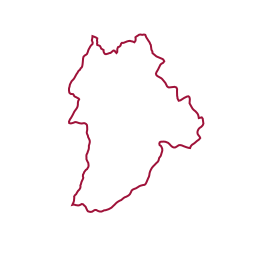 the district of Montezuma, Minas Gerais, Brazil, rotated 23°
{"feature_id": "56859067B99977110122365", "entity_name": "Montezuma", "entity_type": "district", "adm_level": 2, "iso_a3": "BRA", "parent_name": "Brazil", "parent_adm1": "Minas Gerais", "projection": "natural_earth1", "projection_center": [-42.478, -15.207], "detail": "fine", "context": "isolated", "style": "outline", "palette": "rose", "viewbox_px": 256, "rotation_deg": 23, "n_neighbors": 0, "source": "geoboundaries", "source_scale": "gbopen_adm2", "svg_char_len": 4459}
<svg xmlns="http://www.w3.org/2000/svg" viewBox="0 0 256 256"><g transform="rotate(23 128 128)"><path d="M191.7,89.4L189.3,91.2L188.2,89.5L187.1,88.2L186.0,87.4L184.9,86.9L183.7,86.3L181.5,85.7L179.9,85.0L177.9,83.5L175.0,81.2L173.7,77.4L173.1,76.4L172.4,75.6L171.3,75.2L170.1,75.9L168.0,78.3L165.5,82.0L164.0,83.1L162.0,81.4L161.4,80.2L160.7,79.3L158.7,74.9L158.0,73.0L156.7,71.8L154.8,71.9L150.4,74.4L149.3,74.8L147.7,74.4L144.8,71.9L140.4,69.6L139.2,69.2L134.7,68.7L133.3,68.1L132.5,67.1L132.4,65.5L132.8,62.6L133.1,57.1L133.6,55.9L134.9,54.2L135.3,52.4L133.7,51.2L132.7,51.0L126.2,51.0L121.3,49.5L120.5,48.0L119.0,46.8L116.5,42.6L115.5,41.9L114.5,40.8L112.9,39.8L109.4,37.4L108.6,36.6L107.5,35.5L106.2,35.7L104.7,36.7L102.9,37.1L101.7,37.9L100.9,39.2L100.1,40.3L99.4,41.6L100.3,43.1L100.8,44.8L100.4,46.6L98.4,46.6L97.0,46.9L95.8,47.0L94.6,47.7L93.4,48.6L92.1,49.9L90.6,51.4L89.1,52.0L88.7,53.2L88.9,55.1L88.3,56.5L87.2,57.5L87.3,59.4L87.8,60.8L88.4,62.2L88.1,63.5L86.8,63.0L85.5,62.1L84.3,62.4L83.4,64.1L82.6,65.7L81.5,66.4L80.6,67.3L79.6,68.1L78.8,68.7L77.6,68.8L76.3,67.9L75.5,66.9L75.1,65.8L73.9,65.6L72.3,65.4L71.1,64.2L70.2,63.5L68.9,63.4L67.3,63.6L66.5,62.4L66.2,61.0L65.3,59.7L64.7,57.5L63.1,57.2L61.3,57.2L59.4,57.3L59.9,58.8L60.2,60.0L60.4,61.3L61.3,62.3L62.2,63.3L62.5,64.7L61.7,66.4L61.4,67.9L61.3,69.2L61.1,70.8L61.1,72.3L61.3,73.8L61.3,75.9L60.8,76.9L60.0,77.9L59.2,79.7L59.5,81.6L60.1,83.4L60.7,85.2L61.3,87.2L61.7,88.9L61.7,90.3L61.1,91.6L61.0,93.2L60.2,94.6L60.0,95.8L59.9,97.0L59.6,98.2L59.4,99.9L59.2,102.1L59.0,103.7L58.5,105.2L57.8,107.0L57.7,108.5L57.6,109.9L57.6,111.0L58.0,112.6L58.2,114.5L59.0,116.5L60.2,118.4L61.8,119.0L62.9,118.7L64.2,118.3L65.3,118.9L66.1,119.7L67.3,119.9L68.6,119.9L69.7,120.1L70.9,120.1L71.8,120.6L71.6,122.7L72.1,124.6L72.7,126.0L73.1,127.5L73.2,129.0L73.0,130.4L72.6,132.1L72.2,133.9L72.1,135.7L72.0,137.4L71.8,139.3L71.6,140.9L71.2,142.7L71.2,145.2L71.9,146.4L73.1,146.3L74.1,145.8L75.6,144.6L77.0,143.2L78.3,142.8L79.6,142.7L80.9,142.6L82.1,142.4L83.8,141.9L84.9,141.1L86.3,140.5L87.9,140.7L89.0,141.3L89.8,142.6L90.6,144.3L91.2,145.7L91.5,147.2L91.9,148.5L92.6,149.4L93.4,150.1L94.2,150.9L94.9,152.0L96.0,152.9L97.1,153.9L97.9,154.9L98.4,156.1L98.7,157.6L98.9,159.6L99.7,161.4L100.1,162.8L100.2,164.0L100.2,165.3L100.4,166.5L100.3,167.7L100.3,169.1L100.7,170.2L101.3,171.4L101.9,172.9L102.7,173.7L103.8,174.7L105.0,175.6L105.8,176.9L106.4,178.0L106.7,179.3L106.5,180.6L106.4,181.8L105.6,183.0L105.2,184.5L104.9,185.8L105.0,187.2L104.8,188.5L105.4,190.2L106.3,191.3L106.4,192.8L106.3,194.5L106.3,196.1L106.6,198.0L106.6,199.5L107.2,200.6L107.5,201.7L107.3,203.6L106.6,205.4L106.3,207.2L106.1,209.2L105.4,210.7L105.2,212.2L105.8,213.2L106.2,214.6L106.7,216.0L106.9,217.7L106.8,219.0L106.8,220.5L107.7,219.8L108.7,219.5L110.0,219.4L111.1,219.1L112.3,218.8L113.4,218.1L114.3,217.1L115.2,216.0L116.6,215.8L117.6,216.3L118.8,216.7L119.8,217.1L120.6,217.9L121.5,218.7L122.5,219.6L123.6,220.3L125.0,220.2L126.5,219.8L127.8,218.9L128.8,217.3L129.7,216.3L130.8,215.9L131.9,216.0L133.1,216.1L134.7,215.9L136.2,215.3L137.2,214.3L138.1,213.2L139.5,212.4L140.9,211.2L142.0,210.2L142.8,209.2L143.9,207.8L144.5,206.4L145.1,205.0L145.7,203.7L146.2,202.3L146.8,201.0L147.4,200.0L148.1,199.0L148.9,198.0L149.9,197.0L150.6,195.6L151.4,194.0L152.3,192.8L153.2,192.0L154.1,190.9L154.9,189.8L155.6,188.2L155.8,185.8L155.8,184.1L156.5,182.8L157.5,181.7L158.9,180.4L160.2,178.6L161.2,177.1L162.1,176.2L163.1,175.4L164.3,174.5L165.5,173.8L166.1,172.4L166.2,170.9L166.2,169.2L166.2,167.6L166.2,166.1L166.3,164.6L166.0,162.9L165.6,161.5L165.4,160.3L165.3,158.7L165.4,157.0L165.6,155.3L166.2,153.3L166.8,151.9L167.2,150.8L167.8,149.2L168.6,147.5L168.8,146.0L168.6,144.7L168.4,143.3L168.7,142.2L169.0,141.0L168.9,139.5L168.7,138.0L168.6,136.7L168.4,135.4L167.6,133.7L166.5,132.6L165.4,131.7L163.8,131.4L162.9,130.1L162.8,128.7L163.6,127.8L164.8,127.2L166.4,126.5L167.7,126.1L169.0,126.0L170.8,126.0L171.9,126.4L173.0,126.8L174.1,127.4L175.4,127.8L176.4,128.1L177.9,128.0L179.1,127.4L180.1,126.1L181.0,124.7L181.7,123.8L183.2,123.2L184.4,123.0L186.5,123.0L188.6,122.9L189.9,122.8L191.5,122.6L193.0,122.2L192.9,120.7L193.1,119.5L193.5,118.4L194.6,116.8L195.2,115.8L195.8,114.6L196.4,113.3L197.0,112.3L197.9,110.8L198.4,109.0L197.2,107.9L196.0,107.3L194.6,106.4L193.8,105.3L193.3,103.8L193.3,102.2L193.5,100.9L194.1,99.6L195.0,98.3L195.7,96.4L195.7,94.5L193.1,90.2L191.7,89.4Z" fill="none" stroke="#9f1239" stroke-width="2"/></g></svg>